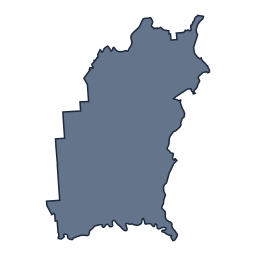 Tea Tree Gully, South Australia, Australia (Natural Earth projection)
{"feature_id": "25037944B97586454911655", "entity_name": "Tea Tree Gully", "entity_type": "district", "adm_level": 2, "iso_a3": "AUS", "parent_name": "Australia", "parent_adm1": "South Australia", "projection": "natural_earth1", "projection_center": [138.716, -34.802], "detail": "fine", "context": "isolated", "style": "filled", "palette": "slate", "viewbox_px": 256, "rotation_deg": 0, "n_neighbors": 0, "source": "geoboundaries", "source_scale": "gbopen_adm2", "svg_char_len": 5777}
<svg xmlns="http://www.w3.org/2000/svg" viewBox="0 0 256 256"><path d="M209.5,70.1L209.4,70.0L208.3,68.1L207.6,65.8L206.5,65.2L204.5,62.6L203.4,61.9L201.6,59.4L201.1,57.9L199.8,58.7L198.4,57.8L197.5,57.1L195.7,54.8L194.4,53.0L193.6,47.5L197.6,34.8L196.7,32.9L196.1,30.1L196.8,27.2L198.0,24.1L200.0,21.3L202.8,18.8L203.3,17.7L203.5,16.4L203.4,16.3L197.6,15.4L196.8,16.4L195.5,17.2L194.9,18.1L193.7,21.4L193.2,21.6L192.7,22.5L192.6,23.3L192.2,23.9L191.6,25.4L190.8,25.4L190.6,28.0L191.0,28.1L191.2,29.6L190.3,30.8L187.9,29.9L187.2,30.4L186.4,30.8L185.6,30.2L185.3,30.2L183.8,32.4L176.3,33.1L177.0,39.5L171.1,40.1L170.4,33.9L169.1,34.0L168.8,30.8L166.9,30.6L166.1,30.3L165.5,30.4L164.0,30.0L162.9,29.3L160.7,27.4L160.3,27.4L159.6,27.9L157.6,28.6L157.2,28.5L157.2,28.1L157.1,27.9L153.9,28.7L153.6,27.6L152.5,27.3L151.5,26.2L151.4,25.5L152.6,22.7L152.7,21.8L152.4,20.8L151.8,19.8L151.4,18.7L150.9,18.0L150.2,17.7L148.3,18.2L144.4,18.4L143.4,18.8L142.7,19.6L141.5,22.0L140.7,24.0L139.8,26.0L139.1,27.0L137.4,28.8L133.6,32.2L131.9,34.2L131.2,35.4L130.9,36.9L131.0,38.3L131.8,41.4L131.8,42.9L131.5,44.5L130.9,45.8L129.0,48.9L128.2,50.7L128.1,50.8L127.2,51.1L126.7,50.9L126.5,50.7L125.6,50.6L125.1,50.7L124.0,51.3L122.1,51.6L121.4,51.7L118.7,51.6L118.0,51.4L116.9,50.9L115.7,49.7L114.2,47.6L113.7,47.3L113.1,47.8L112.6,48.9L112.2,50.1L111.6,51.0L111.3,51.1L110.7,50.5L110.0,49.2L108.3,46.7L107.8,46.1L107.6,46.1L105.4,47.4L104.3,48.6L103.8,49.2L103.5,50.3L103.3,50.9L102.8,51.4L102.1,52.1L101.8,52.1L101.7,52.0L101.2,50.8L100.7,50.1L100.1,49.7L97.8,54.3L97.8,57.6L96.9,57.7L96.7,58.4L95.7,59.8L95.4,60.6L94.9,60.3L94.5,60.2L94.0,60.4L94.1,60.9L94.0,62.1L92.5,63.3L92.0,64.0L91.9,64.6L91.9,65.0L93.1,67.3L93.1,67.5L92.8,68.3L91.5,67.7L89.9,67.7L89.3,69.7L90.0,69.9L83.9,78.3L87.2,84.2L87.4,84.2L88.6,101.5L80.0,101.9L80.6,111.0L62.9,112.0L63.4,120.7L64.6,138.2L55.5,138.9L55.9,144.7L55.9,146.8L56.0,146.8L56.1,147.8L56.7,155.7L57.5,165.2L57.3,165.2L59.7,200.3L46.5,201.2L46.8,204.9L47.0,205.8L51.8,214.7L53.8,213.4L54.6,214.6L54.8,215.3L55.2,221.1L57.2,221.0L58.0,232.5L58.6,233.4L58.8,236.3L58.7,236.3L58.2,237.4L58.3,238.5L59.0,238.4L59.6,238.8L60.7,238.9L61.3,239.0L61.6,238.8L62.2,238.3L62.7,238.1L64.1,236.9L64.2,236.7L64.1,236.1L63.8,235.6L63.6,235.2L63.8,234.6L64.4,234.2L64.9,234.1L65.7,234.2L66.6,234.5L67.5,235.3L67.7,235.6L67.6,236.9L67.6,237.6L67.8,237.9L69.6,239.2L70.5,239.5L72.4,239.5L72.8,239.2L73.2,238.3L73.5,238.0L75.2,237.5L77.4,236.5L78.8,236.2L79.2,235.9L81.1,235.3L83.7,235.2L86.4,235.5L87.8,235.5L88.5,234.9L89.0,233.9L89.7,231.0L89.8,230.7L92.0,228.9L93.7,227.2L94.7,226.0L97.3,225.3L97.9,225.3L99.5,224.7L100.9,224.6L102.3,225.1L102.4,225.3L102.4,225.6L102.2,226.4L102.4,226.8L102.9,227.2L103.7,227.3L104.3,227.0L105.0,226.2L105.7,225.0L106.7,224.3L107.6,224.2L108.3,224.7L108.8,225.3L109.3,226.2L109.6,226.6L110.7,226.7L111.8,226.6L112.2,226.3L112.4,226.0L112.7,225.2L112.6,224.2L112.3,223.0L112.2,222.1L112.4,221.3L112.6,221.0L113.1,220.7L114.2,220.3L114.5,220.4L114.8,220.8L115.3,221.6L115.8,222.1L116.1,222.6L117.0,223.7L117.4,224.0L118.1,224.7L119.7,225.9L120.5,226.6L121.0,227.2L121.2,227.6L123.9,230.2L124.4,230.5L125.8,230.7L126.4,230.5L126.6,230.2L127.1,229.8L127.1,229.7L127.0,228.5L126.8,228.0L125.8,224.5L125.8,223.8L126.4,223.5L127.8,223.5L128.4,223.7L128.8,224.1L129.3,224.2L132.1,224.0L133.0,224.3L133.9,224.7L136.9,225.3L137.4,225.3L138.7,225.0L140.0,224.4L140.4,224.0L141.1,223.7L141.4,223.2L141.7,222.4L141.9,220.2L142.1,219.3L142.4,218.9L143.4,218.5L143.3,219.1L143.6,219.3L144.1,220.4L144.6,221.8L144.8,223.4L145.2,223.9L146.1,224.1L148.4,223.6L150.1,223.7L151.5,224.4L152.4,225.7L153.3,226.5L153.7,226.6L154.2,226.5L154.5,226.3L154.7,225.0L155.0,224.2L155.3,223.9L155.7,223.9L156.4,224.4L156.7,225.0L157.1,226.9L157.1,227.7L157.3,228.1L157.7,228.6L158.4,228.9L158.9,228.9L159.9,228.6L161.2,227.9L162.3,227.6L163.7,227.3L164.7,227.5L165.6,227.8L165.9,228.2L166.0,228.4L166.0,229.1L165.7,229.5L165.3,229.8L164.0,230.2L162.6,230.3L162.1,230.5L161.9,230.6L161.8,230.9L161.8,231.2L161.9,231.4L162.3,231.8L164.2,232.4L164.9,232.7L166.3,233.9L167.7,234.6L169.7,235.4L171.4,235.5L171.4,235.9L171.0,236.7L170.9,237.2L171.4,238.2L172.7,240.5L173.0,240.6L173.5,240.6L174.8,240.0L177.1,236.4L177.5,234.6L176.0,232.5L175.2,231.1L174.3,230.3L172.3,227.6L171.8,225.3L172.0,224.1L171.6,223.2L170.6,222.1L168.6,221.4L166.6,219.9L165.5,218.0L165.2,215.3L165.4,214.1L165.1,211.8L164.7,211.0L163.6,210.2L163.2,209.7L161.8,208.0L162.1,206.3L163.4,203.8L163.8,199.8L165.5,195.0L163.8,191.3L163.5,186.9L164.5,184.5L166.1,183.4L166.8,181.9L169.2,173.0L170.4,170.8L173.8,163.6L176.9,160.4L176.1,159.8L175.6,159.0L175.4,158.7L175.1,158.6L174.5,159.1L174.3,159.3L174.2,160.0L173.6,159.7L172.9,159.1L172.7,158.7L172.5,157.9L173.4,154.4L173.3,153.7L173.0,153.4L172.6,153.2L171.2,153.1L170.5,152.5L169.3,151.0L167.3,149.3L167.3,148.1L167.5,147.2L168.3,145.9L168.4,145.3L169.0,143.9L169.2,139.4L169.8,136.8L173.1,132.0L173.5,131.7L175.6,130.9L180.0,126.9L181.0,124.8L180.8,123.0L182.1,118.6L182.6,118.1L183.8,117.4L184.5,115.5L184.3,114.8L184.4,114.4L184.6,113.8L184.6,113.2L184.3,112.7L183.6,110.6L182.6,109.1L181.4,106.1L180.4,102.7L180.4,101.8L180.4,101.2L180.9,100.1L181.2,99.7L178.9,100.8L177.6,99.9L173.7,98.8L174.2,98.3L175.0,97.3L186.9,89.4L187.3,89.2L188.8,88.9L189.6,88.9L190.4,88.7L191.2,88.9L191.2,89.9L191.3,90.6L191.8,91.2L193.0,92.1L193.0,92.3L192.9,93.5L193.0,93.7L193.2,93.8L193.6,93.9L194.5,93.6L195.2,93.3L194.0,91.7L194.0,91.0L194.7,89.9L195.9,88.9L197.4,86.6L197.5,85.3L199.7,80.9L199.1,79.5L198.0,77.6L198.5,76.9L199.1,76.2L199.2,75.5L199.4,75.3L200.3,75.1L201.0,74.2L202.1,73.5L202.4,72.8L202.8,72.5L205.3,72.0L206.1,72.0L206.4,71.9L206.8,72.0L207.6,72.7L208.7,72.5L209.4,72.1L209.5,70.1Z" fill="#64748b" stroke="#1e293b" stroke-width="1.5"/></svg>